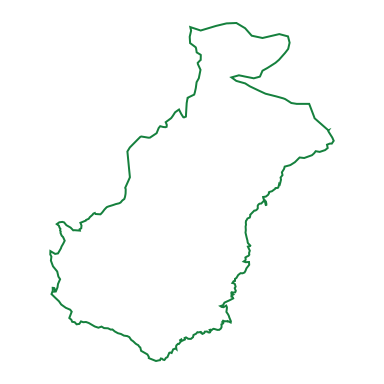 outline of Agios Ioannis Pafou, Paphos, Cyprus
{"feature_id": "46923920B69551909873956", "entity_name": "Agios Ioannis Pafou", "entity_type": "district", "adm_level": 2, "iso_a3": "CYP", "parent_name": "Cyprus", "parent_adm1": "Paphos", "projection": "robinson", "projection_center": [32.691, 34.877], "detail": "fine", "context": "isolated", "style": "outline", "palette": "green", "viewbox_px": 384, "rotation_deg": 0, "n_neighbors": 0, "source": "geoboundaries", "source_scale": "gbopen_adm2", "svg_char_len": 5234}
<svg xmlns="http://www.w3.org/2000/svg" viewBox="0 0 384 384"><path d="M179.0,109.5L175.1,112.3L172.8,115.9L171.2,118.1L165.7,122.2L166.8,124.9L166.6,126.8L165.5,127.2L163.3,127.0L160.2,126.2L158.7,128.0L156.6,133.2L150.0,137.6L148.5,137.7L144.4,137.0L141.3,136.5L140.3,136.9L137.4,139.8L129.8,147.5L127.4,151.5L128.9,167.1L129.9,177.3L128.5,180.5L125.2,187.9L125.6,188.7L125.7,189.6L125.6,193.2L125.5,194.2L125.0,196.9L124.3,199.0L122.4,200.4L120.6,202.5L119.1,203.3L115.8,204.1L112.6,205.2L108.3,206.5L106.7,207.2L104.5,209.5L102.3,212.4L100.5,214.3L98.4,214.2L95.6,214.0L94.9,213.3L94.8,213.0L93.4,213.6L92.5,214.8L89.8,217.2L88.7,218.8L86.0,220.0L85.8,220.6L80.4,222.8L81.5,225.5L81.2,228.3L79.6,229.3L79.9,230.6L74.6,230.2L73.2,230.3L70.6,227.6L67.1,225.6L66.4,225.2L64.1,222.4L62.4,221.9L59.3,222.3L56.8,224.1L58.9,225.7L59.6,227.8L60.4,228.8L60.1,230.6L60.7,231.4L60.5,232.9L61.7,235.7L63.1,237.1L64.7,240.7L63.2,243.7L61.5,246.6L60.9,248.4L58.0,253.4L55.1,253.9L50.4,251.1L50.3,254.5L51.4,256.6L50.9,260.6L53.0,266.3L57.2,271.5L58.4,276.6L60.1,279.2L58.0,284.0L57.5,287.4L55.8,291.5L54.6,291.6L55.1,290.2L54.3,288.1L52.9,287.8L52.7,287.8L52.8,290.5L52.1,292.6L51.5,294.1L55.3,297.8L59.0,301.3L61.2,304.5L65.8,307.8L70.2,309.7L71.7,311.7L69.3,318.0L70.1,318.7L71.3,319.7L72.2,321.8L74.7,322.2L76.6,324.3L79.3,323.9L81.0,321.4L83.2,322.2L86.0,322.0L88.8,323.0L91.0,324.3L94.8,326.5L98.4,327.7L101.5,326.6L104.1,328.1L108.0,328.3L110.7,329.6L112.5,329.5L114.7,331.4L117.9,333.2L121.0,334.0L123.9,335.6L127.3,336.1L129.3,337.1L131.2,339.9L133.2,341.3L135.7,343.7L137.3,344.7L138.3,345.2L139.1,346.5L140.3,347.5L141.1,350.8L147.4,354.4L148.8,356.8L148.8,358.1L156.0,361.0L159.0,360.3L160.0,360.2L160.8,358.5L162.0,358.7L163.0,359.6L164.3,360.0L165.0,359.4L165.6,358.3L166.2,357.7L167.4,357.2L169.3,352.8L170.2,352.5L171.6,353.0L173.0,349.7L173.1,349.4L175.1,348.6L175.8,348.7L176.4,349.2L176.2,348.0L176.1,346.3L176.4,345.4L177.9,343.9L178.8,344.0L180.8,341.6L180.1,340.2L181.3,339.4L181.9,340.9L184.9,339.5L184.6,338.0L186.0,337.4L188.2,338.8L190.9,338.9L193.0,337.2L193.5,335.0L196.1,333.7L197.4,332.2L198.5,332.4L200.8,331.9L201.6,332.7L201.4,333.2L202.5,333.9L204.2,333.0L204.8,331.7L205.2,331.7L206.8,331.5L207.8,331.8L208.3,332.4L209.7,332.5L210.1,332.2L210.4,331.4L209.7,329.9L210.6,329.7L211.3,330.4L212.7,329.2L213.0,329.1L213.7,328.8L215.8,329.4L217.4,329.9L219.3,329.8L220.8,328.6L221.5,327.3L221.6,325.7L221.4,324.4L221.9,324.1L222.6,323.8L223.3,323.0L223.4,322.3L222.3,321.9L223.1,320.7L224.3,321.2L225.4,321.3L226.3,321.2L227.5,321.5L227.7,321.1L230.7,322.5L230.9,321.3L229.2,317.2L229.0,316.3L228.1,314.4L226.4,311.9L226.9,308.2L226.9,307.2L226.2,305.6L223.5,307.2L221.6,306.9L220.4,306.1L222.9,305.3L224.5,302.6L229.5,300.3L233.2,298.4L232.9,297.6L232.5,297.4L232.3,296.9L231.4,296.6L231.5,295.1L232.3,295.1L233.2,294.6L231.8,293.8L231.4,293.4L231.4,292.5L231.8,292.2L233.2,292.6L235.2,292.3L235.8,290.8L235.3,289.7L234.7,288.1L235.6,286.7L234.9,284.1L234.0,283.4L232.4,283.0L233.6,281.2L235.0,280.9L235.0,278.9L236.4,278.0L238.2,275.0L240.5,273.2L242.6,273.3L244.5,272.5L245.5,270.8L246.4,268.4L249.2,264.8L249.0,262.0L245.7,262.2L243.7,261.5L244.2,261.1L245.2,260.7L245.7,259.3L245.4,257.5L246.8,256.6L248.5,255.8L249.3,254.7L249.1,253.4L249.1,252.8L249.8,250.7L247.9,246.6L250.1,246.0L250.3,245.7L250.0,245.3L248.0,243.2L247.6,242.0L247.5,240.8L246.6,237.4L245.5,232.6L245.7,231.1L245.8,230.1L245.6,226.5L246.0,224.8L245.8,222.6L246.0,220.9L246.3,220.6L247.5,218.5L249.8,217.5L250.3,215.6L250.2,214.8L254.3,210.6L255.5,210.5L256.5,209.9L257.4,209.0L257.8,208.2L257.7,206.0L257.8,205.5L258.2,204.9L258.6,204.4L259.5,203.7L261.3,203.5L263.5,201.2L264.0,200.8L264.6,201.2L265.0,201.9L265.4,203.3L265.6,204.5L265.8,205.0L266.3,204.9L266.4,204.1L266.2,203.0L265.9,201.5L265.1,200.9L264.8,200.2L263.8,199.6L263.7,198.6L263.3,198.1L263.1,197.0L265.8,196.6L268.0,194.9L269.0,193.3L268.9,192.3L269.3,192.0L272.0,191.2L275.3,188.7L275.5,188.1L276.2,188.0L277.8,187.9L278.5,186.9L279.2,183.8L279.8,184.4L280.2,183.0L281.0,179.7L280.6,177.5L282.5,175.1L281.9,172.3L284.0,169.0L284.7,166.6L290.0,165.2L290.8,164.8L294.9,162.2L299.6,157.5L304.2,158.0L312.0,155.2L314.1,153.3L315.7,151.2L319.7,151.9L325.1,150.1L327.7,148.0L327.3,146.1L327.0,144.7L329.8,143.6L331.8,143.6L333.2,141.5L333.7,140.8L332.3,137.6L328.9,132.2L328.2,130.9L328.6,130.3L328.4,130.4L314.6,118.3L314.2,117.1L314.1,116.8L309.2,103.9L296.9,103.9L291.3,103.0L285.2,99.1L283.4,98.4L276.2,96.4L275.4,96.2L265.5,93.7L259.0,90.7L250.0,86.4L249.8,86.3L245.2,83.4L240.9,82.2L236.3,80.9L233.3,78.7L231.5,77.4L238.9,75.3L242.9,76.1L244.7,76.5L253.8,78.3L259.7,76.7L260.0,76.5L262.5,70.7L267.2,68.1L275.4,62.9L276.0,62.4L279.0,59.8L285.1,52.9L288.2,48.9L289.6,42.7L288.0,36.4L279.3,34.1L262.5,38.0L251.7,35.7L245.1,28.2L236.4,23.0L226.5,23.4L216.1,25.9L200.7,30.5L190.3,27.1L191.1,30.7L189.7,36.8L190.1,43.1L195.6,47.2L195.8,47.7L196.0,48.0L196.7,52.4L200.7,54.8L200.8,55.0L200.7,59.9L200.5,60.0L197.7,62.9L197.9,64.1L200.5,69.8L198.8,78.3L198.4,79.0L196.6,82.2L195.8,88.1L194.9,92.2L194.2,94.6L188.0,97.6L188.0,97.8L187.6,97.9L186.7,103.0L186.3,109.4L185.9,116.6L184.0,117.4L183.3,117.2L181.3,114.1L179.0,109.5Z" fill="none" stroke="#15803d" stroke-width="2"/></svg>